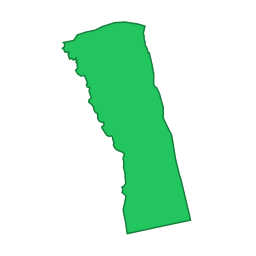 Hatillo, Puerto Rico, rotated 345°
{"feature_id": "32010507B41053706339825", "entity_name": "Hatillo", "entity_type": "district", "adm_level": 2, "iso_a3": "PRI", "parent_name": "Puerto Rico", "parent_adm1": "", "projection": "orthographic", "projection_center": [-66.807, 18.407], "detail": "fine", "context": "isolated", "style": "filled", "palette": "green", "viewbox_px": 256, "rotation_deg": 345, "n_neighbors": 0, "source": "geoboundaries", "source_scale": "gbopen_adm2", "svg_char_len": 1711}
<svg xmlns="http://www.w3.org/2000/svg" viewBox="0 0 256 256"><g transform="rotate(345 128 128)"><path d="M164.8,227.8L165.8,190.8L165.5,187.2L165.9,169.2L166.1,167.9L168.1,148.6L168.2,145.9L167.6,142.8L167.5,142.6L164.9,129.5L164.7,126.5L165.5,124.6L167.4,116.9L167.3,110.8L167.2,106.8L167.3,103.0L166.1,96.7L164.7,94.9L164.1,92.4L166.8,82.6L167.1,79.3L167.6,73.1L168.0,61.0L167.0,61.2L167.0,56.1L165.9,51.9L166.5,49.9L166.8,49.5L166.5,46.8L167.4,42.9L167.2,40.7L170.7,34.0L165.6,30.8L164.8,30.3L152.1,24.7L150.7,24.5L145.2,23.4L142.2,22.8L138.6,23.0L138.2,23.0L129.2,23.4L126.5,24.0L123.7,24.6L121.5,25.0L117.4,24.8L112.5,24.5L108.2,24.7L103.1,25.0L101.7,26.3L98.1,29.4L87.7,28.7L88.7,30.5L87.3,33.4L85.3,34.0L86.5,35.7L86.6,37.5L86.6,37.9L87.6,38.8L89.4,38.9L90.4,40.1L89.2,41.2L89.4,46.2L91.7,46.3L92.9,48.2L96.1,47.2L95.2,48.9L96.4,50.2L94.8,51.0L95.9,52.9L95.0,54.1L95.0,57.2L92.3,58.7L93.4,62.7L96.2,65.7L99.5,66.0L100.1,69.7L100.5,74.4L99.0,75.2L99.2,77.8L101.5,78.9L100.0,82.3L100.0,84.4L100.3,89.6L97.9,90.4L96.7,92.8L99.0,95.8L100.1,98.8L99.7,101.9L100.8,104.8L102.4,106.2L101.2,111.1L102.1,114.0L104.5,116.0L105.9,116.2L105.8,118.6L103.0,120.2L102.8,121.1L105.6,129.6L107.5,131.1L110.2,131.4L110.7,133.4L110.3,135.8L110.7,138.1L109.5,140.8L110.1,143.9L111.9,146.7L114.0,148.2L115.3,149.1L116.3,150.0L117.9,152.1L115.9,155.0L115.2,156.7L115.1,159.9L113.4,165.4L113.6,169.1L113.1,170.1L113.5,171.9L112.7,173.4L111.6,180.6L109.0,183.1L106.9,183.5L107.2,186.0L105.6,188.8L108.1,192.4L108.1,194.1L106.8,196.7L105.0,200.2L102.1,205.9L101.4,215.6L101.4,217.4L99.9,229.8L100.5,229.9L136.2,231.6L137.1,231.7L147.4,232.2L164.5,233.2L164.8,227.8Z" fill="#22c55e" stroke="#15803d" stroke-width="1.5"/></g></svg>